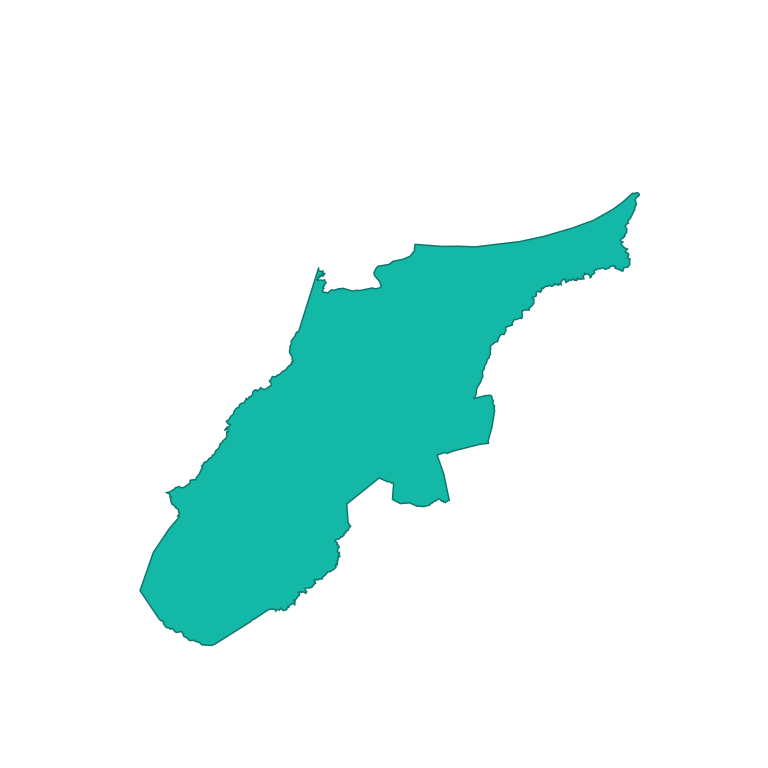 Choma, Southern, Zambia, rotated 236°
{"feature_id": "96606910B73975181244202", "entity_name": "Choma", "entity_type": "district", "adm_level": 2, "iso_a3": "ZMB", "parent_name": "Zambia", "parent_adm1": "Southern", "projection": "natural_earth1", "projection_center": [26.92, -16.86], "detail": "fine", "context": "isolated", "style": "filled", "palette": "teal", "viewbox_px": 768, "rotation_deg": 236, "n_neighbors": 0, "source": "geoboundaries", "source_scale": "gbopen_adm2", "svg_char_len": 6119}
<svg xmlns="http://www.w3.org/2000/svg" viewBox="0 0 768 768"><g transform="rotate(236 384 384)"><path d="M373.3,98.5L349.1,66.2L314.6,66.2L312.4,66.7L311.7,68.0L310.2,67.7L309.6,68.3L308.4,67.1L303.9,67.3L301.5,69.7L300.3,69.6L299.8,71.8L295.2,72.3L294.0,73.2L292.1,77.5L290.0,77.8L287.1,76.9L284.6,77.9L284.0,78.8L281.2,78.9L279.5,80.0L277.6,83.5L276.2,83.6L272.9,86.5L269.6,87.1L263.7,94.9L262.9,98.3L261.6,141.1L262.2,143.0L261.7,144.5L261.5,162.8L258.6,167.3L256.2,167.3L256.9,168.6L255.7,170.8L254.9,171.0L255.9,173.2L252.5,173.7L251.3,176.9L252.3,178.1L252.3,179.9L253.1,179.9L252.4,180.7L253.2,181.6L253.3,184.8L253.1,185.7L250.9,186.5L253.4,188.6L254.9,188.0L255.2,188.6L254.5,189.5L256.3,195.1L256.1,195.6L257.4,196.8L259.2,196.5L258.9,197.9L257.2,199.4L257.2,200.6L254.2,202.1L255.1,203.7L257.5,203.4L258.4,204.3L257.7,207.0L256.6,207.9L255.9,211.1L257.1,213.9L257.0,215.8L259.4,216.5L259.9,216.0L260.8,217.3L258.5,219.5L258.9,220.0L257.0,223.7L258.4,225.8L258.3,228.1L259.6,232.1L258.6,234.2L258.5,239.9L259.2,242.0L261.0,242.2L260.6,243.3L261.1,243.5L260.2,244.0L260.5,244.5L261.4,244.5L262.0,245.8L263.2,245.7L263.7,247.6L266.1,248.9L265.7,250.8L267.1,250.4L267.0,251.4L268.6,252.0L269.0,252.8L269.6,252.7L269.4,251.8L271.3,251.5L272.3,253.0L273.7,253.7L273.6,255.3L274.2,256.0L275.2,255.5L276.8,255.9L277.4,255.1L278.4,256.4L281.5,255.7L281.8,257.6L280.6,260.5L281.5,262.4L280.8,263.4L280.9,266.1L282.3,267.2L282.0,269.2L283.0,269.6L282.8,272.5L284.4,274.8L284.6,276.7L289.1,276.7L305.3,286.0L308.8,327.4L301.0,332.3L299.6,334.2L297.9,334.6L297.4,336.3L295.5,335.8L283.6,326.5L275.7,330.7L271.0,338.9L264.5,342.9L260.2,348.4L258.2,353.8L258.8,356.8L258.3,358.0L259.0,360.2L258.1,361.2L258.4,363.4L257.5,365.9L254.6,366.2L254.0,367.6L252.6,367.5L252.5,368.6L251.4,368.6L251.6,372.2L251.0,373.0L275.6,383.1L295.3,388.3L293.5,395.5L291.0,397.9L290.0,403.1L280.3,430.1L276.4,437.4L278.7,438.6L288.0,449.5L300.3,461.0L302.9,462.0L303.5,463.2L307.5,463.4L308.7,465.3L311.1,465.2L313.7,466.5L315.3,465.8L317.9,461.0L321.6,450.7L323.8,454.3L328.5,458.5L332.1,466.0L333.5,467.5L334.8,470.1L339.3,472.5L340.4,475.5L342.9,477.6L344.1,480.7L346.4,483.1L346.9,485.7L348.4,487.0L349.1,489.0L351.7,490.1L353.6,492.3L354.7,492.3L356.1,494.2L356.5,500.2L355.6,501.8L358.5,505.4L359.7,509.0L357.9,511.1L360.2,515.0L363.4,516.8L362.7,517.7L362.2,519.3L362.7,520.0L361.8,520.7L361.1,523.6L362.6,524.0L364.7,528.1L363.6,529.3L362.6,533.4L361.3,534.8L362.9,536.6L366.5,538.6L367.1,540.1L366.8,541.9L364.1,545.8L365.7,547.0L366.4,551.4L367.4,553.5L370.3,555.7L372.0,554.9L372.7,555.4L371.8,558.9L372.5,560.2L373.9,560.5L375.0,562.6L374.4,563.9L372.6,564.9L373.5,567.3L374.8,567.5L375.4,568.6L374.2,569.3L374.6,572.7L373.2,575.0L373.5,576.5L371.5,577.3L370.9,578.4L371.7,581.5L370.6,581.2L370.3,582.6L368.4,583.8L368.2,584.4L369.1,585.0L368.6,586.2L367.4,586.5L368.5,587.1L369.1,586.6L369.9,588.0L370.5,591.1L369.5,592.6L369.3,591.5L368.9,592.7L366.5,591.6L366.2,594.8L367.0,595.5L365.1,597.3L365.8,599.4L364.1,599.5L363.0,600.5L363.1,601.4L362.3,601.4L362.3,602.7L363.6,603.7L361.4,604.8L359.4,608.6L362.1,609.4L362.7,612.1L363.5,612.3L362.0,612.9L361.1,614.8L358.2,615.1L356.8,614.4L356.8,615.5L358.3,617.4L358.1,620.5L360.3,621.4L360.6,623.3L359.7,624.0L360.0,625.6L358.4,628.3L358.5,630.0L355.3,631.6L354.3,636.0L354.8,637.2L354.2,639.9L353.3,640.0L352.2,641.8L350.7,640.3L348.8,642.1L347.6,642.4L347.3,643.7L346.0,643.5L344.5,644.5L344.1,645.5L346.3,647.7L344.6,651.6L344.9,652.9L345.8,654.8L348.5,656.2L350.0,657.9L352.4,656.3L354.0,658.8L354.7,658.5L355.4,659.6L358.6,657.8L359.5,659.7L359.6,661.3L362.4,659.5L365.0,658.9L367.0,658.8L367.9,659.7L368.1,661.5L370.4,660.0L370.9,660.4L371.5,661.5L371.4,664.0L372.0,664.6L371.5,665.6L372.1,666.7L373.1,666.8L373.7,669.6L376.6,671.9L380.0,672.2L380.9,674.9L380.7,676.7L382.5,676.9L383.9,681.4L388.5,689.6L389.8,689.9L391.7,693.8L396.1,695.2L397.3,697.1L397.8,701.3L399.4,701.8L401.2,700.7L401.9,698.1L403.1,696.8L401.3,683.6L400.8,671.4L402.6,648.8L407.9,627.6L417.1,598.8L426.1,576.3L446.6,536.4L456.1,523.4L466.0,508.5L482.4,487.9L477.4,483.5L475.3,477.0L476.9,469.0L480.7,460.1L480.3,455.1L485.0,444.9L484.1,441.7L481.8,437.8L479.0,436.8L471.4,437.6L466.3,436.3L466.2,433.9L467.6,430.2L470.1,428.1L475.0,416.2L477.2,413.4L478.4,410.2L486.3,403.4L488.5,399.0L489.9,394.3L491.3,393.6L491.4,390.7L490.6,388.3L492.0,387.5L494.0,385.0L496.4,385.7L497.0,387.8L498.2,387.2L498.8,387.7L498.8,389.6L499.6,389.8L500.5,392.8L501.4,392.3L503.7,393.0L504.2,390.5L505.3,390.2L506.9,387.2L507.9,386.8L507.7,388.1L508.9,389.0L508.3,390.2L509.4,390.5L508.8,392.0L509.7,392.2L507.6,393.5L507.9,394.6L509.2,393.9L509.7,394.3L508.5,395.4L508.7,396.6L510.7,395.3L511.8,396.5L512.1,395.3L514.6,393.0L517.1,395.1L475.1,342.4L475.9,340.5L473.3,336.5L471.6,331.2L468.9,329.4L467.6,326.8L466.1,326.4L464.8,324.5L462.5,323.2L457.2,322.9L455.5,321.3L453.5,321.3L453.9,320.6L453.5,319.3L452.0,318.5L452.5,317.5L451.9,317.2L452.2,314.9L450.6,310.0L451.2,307.6L450.2,302.3L451.1,300.5L450.4,298.5L452.6,295.6L450.8,292.6L450.8,290.8L449.7,290.5L448.6,291.2L445.5,289.5L446.1,287.8L445.9,282.5L447.0,280.9L449.9,279.8L448.7,275.1L450.7,274.8L451.4,273.0L450.6,270.6L448.9,269.2L448.0,266.6L448.8,265.2L448.1,264.6L447.7,262.1L449.0,261.8L446.8,257.8L447.9,253.8L447.4,252.2L446.3,251.7L446.1,251.0L446.4,247.7L445.2,244.4L443.2,242.4L442.9,238.7L441.3,235.9L441.2,232.4L438.0,232.5L436.3,234.1L435.3,231.9L436.0,229.9L435.0,226.4L434.5,226.4L434.5,229.2L432.0,228.8L431.3,228.3L432.3,227.1L429.9,225.1L428.9,225.0L427.5,222.9L426.9,218.3L426.1,217.3L426.1,214.8L423.3,211.4L422.6,206.7L420.4,204.1L421.0,202.0L419.7,200.7L420.0,197.2L418.8,193.9L419.5,191.9L419.3,190.2L418.0,188.9L418.2,187.2L415.4,186.0L415.5,184.9L412.8,180.8L411.7,177.1L409.8,173.7L411.2,172.7L412.6,169.4L410.3,167.7L410.2,160.0L411.7,157.6L413.7,156.7L414.6,152.8L414.1,152.0L414.4,146.0L415.5,143.1L412.4,144.8L410.4,143.4L408.9,144.4L408.6,142.8L403.3,141.0L398.5,142.7L398.0,142.0L394.8,143.4L392.6,142.0L390.4,141.7L390.0,139.1L388.3,140.1L383.9,124.4L373.3,98.5Z" fill="#14b8a6" stroke="#0f766e" stroke-width="1.5"/></g></svg>